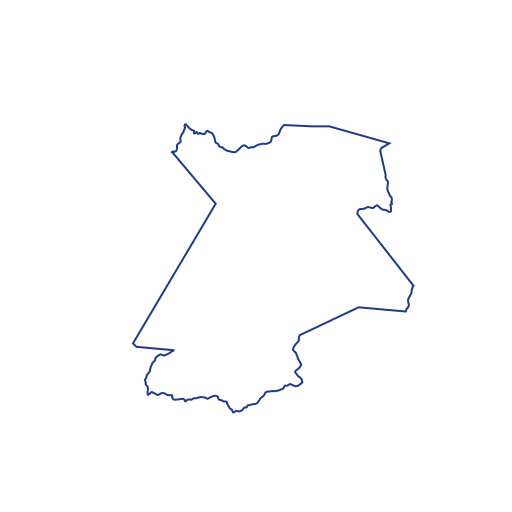 the district of Ojojona, Francisco Morazán, Honduras, rotated 46°
{"feature_id": "27666195B52120095193284", "entity_name": "Ojojona", "entity_type": "district", "adm_level": 2, "iso_a3": "HND", "parent_name": "Honduras", "parent_adm1": "Francisco Morazán", "projection": "natural_earth1", "projection_center": [-87.338, 13.923], "detail": "fine", "context": "isolated", "style": "outline", "palette": "blue", "viewbox_px": 512, "rotation_deg": 46, "n_neighbors": 0, "source": "geoboundaries", "source_scale": "gbopen_adm2", "svg_char_len": 6137}
<svg xmlns="http://www.w3.org/2000/svg" viewBox="0 0 512 512"><g transform="rotate(46 256 256)"><path d="M267.6,81.8L213.5,113.3L201.7,125.6L181.3,144.8L181.3,145.9L181.3,147.3L181.7,149.3L182.1,150.6L182.6,151.9L183.1,152.9L183.6,153.7L183.9,154.1L184.0,155.0L184.1,156.0L184.0,156.7L183.7,157.7L181.6,160.9L181.4,161.3L181.4,161.5L181.7,162.3L183.3,164.5L183.8,165.3L184.0,165.9L184.0,166.3L183.8,167.6L183.2,169.2L182.1,171.2L180.0,173.0L178.7,175.2L177.9,176.3L176.7,179.3L176.3,181.3L175.9,182.3L175.7,182.8L175.4,183.2L175.2,183.3L174.8,183.4L174.6,183.5L173.3,186.2L173.0,186.5L172.7,186.6L170.1,186.9L169.2,187.1L168.3,187.6L168.0,187.9L167.7,188.3L167.4,189.4L167.2,190.9L167.2,191.7L167.3,192.7L167.3,193.6L167.1,198.1L167.0,198.5L166.8,198.9L166.1,199.7L164.5,201.0L161.6,202.7L160.4,203.6L157.2,204.6L155.7,204.7L154.9,204.6L152.8,205.9L152.1,206.2L151.0,206.1L149.4,205.6L148.9,205.6L148.2,205.6L147.5,206.0L147.1,206.1L146.4,206.2L145.9,206.1L142.6,204.1L141.1,203.3L138.0,202.3L137.3,202.2L136.7,202.3L134.6,203.6L133.8,203.6L133.0,203.7L132.5,203.9L132.1,204.1L132.0,204.3L132.0,204.8L132.0,205.8L132.2,206.5L132.6,207.2L132.6,207.5L132.5,208.2L132.1,208.8L131.7,209.2L130.1,210.3L129.2,210.6L128.6,210.9L128.4,211.1L128.5,211.6L128.3,212.1L128.1,212.6L127.9,212.8L127.5,212.9L126.4,212.6L125.8,212.5L125.7,212.6L125.5,213.1L125.4,214.6L125.2,215.0L124.9,215.3L124.6,215.3L124.4,215.2L123.5,213.9L123.3,213.7L123.1,213.6L122.5,213.8L120.2,214.8L118.9,215.0L117.3,215.2L112.9,214.9L112.5,215.1L112.2,215.3L112.1,215.6L112.1,215.9L112.3,216.4L112.7,217.0L113.5,217.5L114.2,217.7L114.6,218.3L115.3,219.8L115.9,221.5L116.3,221.9L116.5,222.3L116.8,223.3L116.7,224.2L116.7,224.5L118.3,228.1L119.0,228.9L121.1,230.5L121.4,230.9L121.5,231.7L121.3,233.1L121.2,234.3L121.2,235.0L121.3,235.5L121.5,235.9L121.8,236.3L123.7,238.0L124.7,239.6L124.9,240.3L124.9,241.0L124.7,241.7L124.4,242.1L123.6,242.8L123.0,243.5L122.9,243.8L122.9,244.3L124.2,244.2L190.4,248.7L233.4,405.2L238.3,405.1L267.0,380.3L266.3,382.0L266.1,383.2L266.0,384.6L265.2,387.5L264.2,390.3L263.9,391.0L262.9,391.8L260.9,392.7L260.3,393.4L259.8,395.3L259.4,397.3L259.4,398.4L259.6,399.2L260.7,400.9L260.9,401.6L261.0,402.8L261.0,403.8L261.0,405.0L261.4,405.6L262.6,408.6L264.1,411.1L265.3,412.7L265.4,413.2L265.4,414.2L265.6,415.5L265.8,416.9L266.5,418.3L267.5,420.1L267.7,420.7L267.8,421.5L268.0,422.0L268.4,422.3L270.5,423.1L270.9,423.9L271.6,424.5L274.6,424.8L275.5,425.2L276.8,426.3L278.1,428.0L279.4,429.4L280.2,430.0L280.5,430.2L280.9,430.0L280.9,429.3L281.2,428.3L281.2,426.6L281.3,425.9L281.4,425.5L281.7,425.3L282.2,425.1L286.0,423.9L287.1,423.5L287.8,423.1L288.0,422.8L288.2,422.4L288.6,420.3L289.0,419.3L289.6,418.5L290.6,417.7L291.4,417.2L294.1,416.4L294.8,416.1L295.7,415.3L297.2,413.7L298.0,413.1L298.3,413.2L299.2,414.3L299.7,414.6L301.1,415.0L301.6,415.1L302.0,414.9L302.7,414.4L303.9,413.2L306.3,409.9L307.7,408.1L308.4,407.5L308.7,407.4L309.2,407.3L311.1,407.8L311.7,407.6L311.8,407.4L311.8,407.2L311.6,406.8L311.5,406.3L311.7,405.5L312.5,404.0L314.5,402.3L314.6,401.8L315.0,399.9L315.1,399.6L316.6,398.0L318.5,394.6L319.2,393.6L319.6,393.1L321.5,391.8L322.3,391.0L324.5,390.3L325.1,389.9L325.5,388.8L325.8,387.2L326.3,386.1L327.2,383.7L327.8,382.8L328.6,382.1L329.8,381.5L330.8,381.2L331.1,381.3L331.6,381.7L332.3,382.1L333.2,382.3L333.9,382.2L334.4,382.0L334.9,381.5L335.2,381.3L336.3,380.8L337.0,380.7L338.3,380.2L339.5,379.0L340.1,378.6L340.5,378.5L341.0,378.6L341.8,379.1L342.7,379.5L344.1,379.9L345.1,380.0L346.9,380.6L348.4,380.6L348.7,380.5L349.3,380.2L349.9,380.2L350.8,380.5L352.1,381.1L352.5,381.1L352.9,380.9L353.1,380.3L353.6,378.2L353.9,377.5L355.7,376.4L356.2,376.0L356.5,375.3L357.0,374.1L357.2,372.7L357.2,371.7L356.9,370.4L356.9,369.8L357.0,369.5L357.3,369.1L357.7,368.6L358.2,368.3L358.2,368.1L358.2,367.1L357.8,366.2L357.8,365.8L357.8,365.4L358.2,364.9L359.0,363.9L360.1,361.7L361.9,359.3L362.4,358.3L362.6,357.3L362.6,356.6L362.4,355.6L362.2,354.3L362.1,353.9L361.7,353.0L361.5,352.2L361.5,351.3L361.7,349.5L361.8,347.8L361.7,346.8L360.8,344.2L360.9,343.5L361.1,342.7L361.4,342.0L363.2,340.0L364.1,338.5L366.5,336.2L367.9,333.9L368.5,333.1L369.4,330.6L369.8,330.1L370.1,328.8L370.1,327.8L370.0,327.4L369.7,326.8L369.6,326.4L369.5,325.7L369.6,325.2L369.7,324.9L370.0,324.5L370.3,324.2L370.8,323.8L371.1,323.3L371.6,320.7L372.2,320.2L373.4,319.6L375.4,318.9L376.8,318.2L377.5,317.8L378.0,316.9L378.6,315.8L378.7,314.7L379.1,311.9L379.0,310.3L378.4,310.3L378.0,310.0L377.6,309.5L376.0,308.8L374.5,308.7L373.4,308.7L373.1,308.8L372.5,309.1L371.9,309.2L369.2,308.8L367.7,308.7L366.9,308.6L366.4,308.1L366.1,307.4L366.4,304.8L366.5,302.2L366.4,301.8L366.2,301.2L365.8,299.4L365.6,299.0L364.9,298.7L363.6,298.3L362.3,298.0L361.1,297.6L359.2,297.2L358.2,296.8L357.2,296.0L356.2,295.8L354.9,295.2L353.7,294.7L352.8,294.6L350.7,294.7L349.3,294.5L348.6,294.2L348.5,293.9L348.0,292.7L347.2,290.1L347.0,288.6L346.9,285.8L346.8,284.8L346.6,284.1L346.3,283.6L345.7,283.2L345.4,282.9L343.9,280.8L343.3,279.6L364.2,217.8L399.9,186.9L398.7,184.4L398.4,181.7L398.2,181.0L397.6,180.3L396.7,179.5L396.1,179.2L395.1,178.7L394.3,178.1L393.4,177.3L392.9,176.6L392.3,175.2L391.3,171.8L390.7,170.3L390.1,169.3L389.4,168.6L387.2,165.1L386.9,164.4L386.9,163.4L296.1,153.9L294.9,152.3L294.3,151.2L294.1,150.1L294.2,149.2L294.8,148.3L296.6,146.1L297.1,145.3L297.6,144.1L298.1,142.3L298.6,141.3L298.9,141.1L300.3,140.3L301.9,139.3L302.4,138.9L302.7,138.6L302.8,138.2L302.9,137.7L303.0,136.3L303.2,134.9L303.5,134.0L303.8,133.6L304.0,133.4L304.4,133.3L305.1,133.3L306.3,133.4L307.0,133.4L309.9,132.9L310.4,132.8L312.4,131.2L313.6,130.5L314.5,130.1L315.4,130.0L316.1,130.0L316.9,129.6L317.6,128.1L317.6,127.8L317.2,127.3L316.0,126.4L315.2,125.5L313.1,124.1L312.6,123.6L312.5,123.4L313.0,122.2L312.9,121.8L312.6,121.7L312.0,121.8L311.6,121.7L311.2,121.2L311.2,120.8L310.2,119.5L309.0,118.4L308.5,118.1L307.8,117.8L305.6,117.7L304.8,117.5L301.2,116.1L300.0,115.6L299.0,114.9L298.3,114.3L295.1,110.4L294.0,109.3L291.4,109.2L289.5,108.3L288.9,107.8L288.3,107.0L287.7,106.4L266.5,93.5L265.4,90.8L267.6,81.8Z" fill="none" stroke="#1e3a8a" stroke-width="2"/></g></svg>